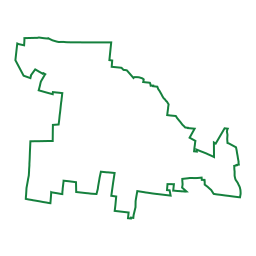 outline of Tekantó, Yucatán, Mexico
{"feature_id": "50627088B33701655383070", "entity_name": "Tekantó", "entity_type": "district", "adm_level": 2, "iso_a3": "MEX", "parent_name": "Mexico", "parent_adm1": "Yucatán", "projection": "albers", "projection_center": [-89.093, 21.008], "detail": "fine", "context": "isolated", "style": "outline", "palette": "green", "viewbox_px": 256, "rotation_deg": 0, "n_neighbors": 0, "source": "geoboundaries", "source_scale": "gbopen_adm2", "svg_char_len": 4300}
<svg xmlns="http://www.w3.org/2000/svg" viewBox="0 0 256 256"><path d="M236.7,150.7L236.0,147.3L229.0,143.5L227.5,143.0L227.2,138.9L227.3,137.4L227.4,135.7L227.5,135.0L226.9,131.5L227.4,129.3L227.7,128.7L224.6,128.3L215.7,143.6L213.9,142.5L214.0,157.0L213.2,156.6L212.3,156.2L211.5,155.8L209.9,155.1L208.8,154.6L208.3,154.4L206.2,153.4L203.9,152.5L203.2,152.2L201.3,151.5L197.6,150.0L196.6,149.6L196.8,151.6L194.1,151.3L194.5,147.3L194.8,145.3L195.1,142.6L195.4,140.9L189.6,137.7L194.6,128.7L191.4,128.4L187.9,128.1L187.9,127.8L185.2,127.5L183.7,125.9L182.8,125.1L182.4,124.7L180.3,121.9L179.1,120.5L177.3,118.3L177.2,118.2L176.5,117.1L175.8,116.0L170.5,115.5L167.2,115.1L167.5,112.6L167.8,110.4L167.9,109.6L168.1,108.4L168.1,107.5L168.6,104.4L166.9,101.6L166.1,100.9L165.8,100.7L165.1,99.5L163.7,98.3L162.5,96.4L161.6,94.6L159.4,90.7L158.4,89.4L158.0,88.5L157.3,86.7L154.6,86.4L153.0,86.2L153.1,85.6L151.4,85.6L150.7,85.7L150.4,84.1L149.9,82.8L148.6,82.6L147.5,82.5L146.4,82.4L145.4,82.3L143.2,82.0L143.4,81.3L143.7,79.4L143.2,79.1L143.1,78.9L142.4,78.4L141.6,78.1L140.6,77.8L139.0,77.3L137.8,77.2L136.6,77.1L135.9,77.1L135.1,77.1L134.3,77.1L133.5,78.0L126.9,70.4L125.8,70.1L123.5,69.9L121.5,67.8L119.8,67.6L111.7,66.8L112.2,60.5L109.4,60.1L111.2,42.4L82.3,42.4L78.9,42.3L74.3,42.3L69.8,42.3L66.1,42.2L63.4,41.9L58.7,42.0L56.8,41.6L52.4,40.3L50.1,39.2L48.4,38.3L48.3,38.6L43.9,38.2L38.9,37.5L37.1,37.9L35.6,37.9L33.9,37.9L25.0,38.1L24.9,38.1L24.4,38.1L24.4,40.7L24.1,45.3L18.6,44.1L17.3,43.5L17.1,45.0L16.9,46.7L15.4,60.2L23.6,75.7L30.4,78.1L31.1,75.3L31.0,75.2L35.2,69.4L35.6,69.6L36.1,69.9L36.5,70.1L36.9,70.4L37.3,70.6L37.7,70.8L38.3,71.2L38.5,71.3L38.9,71.6L39.4,71.8L40.4,72.4L42.6,73.7L42.8,73.2L43.3,73.1L45.2,74.2L45.1,74.3L43.0,77.9L42.0,79.6L40.9,81.5L40.4,83.4L39.9,85.7L38.7,90.3L46.4,92.5L52.7,94.2L52.8,92.8L52.9,92.1L56.6,92.5L58.7,92.7L62.3,93.1L62.1,94.5L62.0,95.8L61.6,98.8L61.4,101.0L61.2,102.0L60.9,104.6L60.6,107.4L60.4,109.4L60.1,112.1L59.7,115.1L59.5,117.0L59.3,119.0L59.0,121.7L58.6,124.5L52.9,124.9L52.9,125.1L52.9,125.3L52.8,131.1L52.8,131.3L52.8,131.5L52.7,141.0L51.6,141.0L48.2,141.0L43.3,141.1L38.6,141.2L35.4,141.2L30.4,141.3L29.9,152.2L29.7,157.9L29.6,160.2L29.4,163.6L29.4,165.5L29.1,169.5L29.1,170.6L28.8,175.5L28.0,179.5L27.9,180.3L26.5,188.0L26.3,191.5L26.1,194.7L25.9,196.9L25.8,198.9L28.8,199.5L32.0,200.0L32.7,200.2L35.3,200.6L39.4,201.3L39.5,201.3L43.0,202.0L44.3,202.2L46.9,202.6L47.2,202.7L49.5,203.1L50.4,203.2L50.7,199.6L50.9,197.1L51.1,194.1L51.2,192.2L51.4,192.3L57.5,193.3L61.3,194.0L62.3,194.1L62.4,191.8L62.5,190.8L62.6,190.2L62.7,188.5L62.8,187.6L63.2,184.3L63.6,181.0L63.6,180.7L67.5,181.1L70.1,181.4L71.4,181.6L73.1,181.8L76.0,182.2L76.2,192.0L86.0,193.1L88.3,193.3L90.5,193.6L91.5,193.7L93.1,193.8L96.3,194.0L96.5,194.0L97.8,188.9L98.1,186.5L99.3,179.6L99.6,177.7L100.9,171.7L106.6,172.3L107.6,172.3L112.8,172.8L114.6,173.0L113.9,177.7L113.2,182.2L112.5,187.2L111.3,195.8L116.2,196.5L115.4,205.1L114.8,210.1L114.7,210.9L117.4,211.2L128.6,212.5L128.0,218.2L130.9,218.5L131.0,217.6L133.3,217.9L133.6,215.1L135.5,207.2L135.6,201.2L135.9,199.1L137.3,191.1L144.9,192.3L145.1,192.4L147.6,192.7L152.8,193.5L156.9,194.0L157.1,194.0L170.6,195.6L169.6,190.3L167.0,190.1L167.5,184.1L173.9,184.2L173.2,190.6L173.8,190.6L175.4,190.8L176.6,190.9L177.2,191.0L179.6,191.1L179.8,191.2L181.0,191.2L181.1,191.3L183.5,191.4L185.2,191.6L186.5,191.5L182.1,187.6L182.2,186.8L182.4,186.0L182.6,184.2L182.3,180.6L182.3,178.9L187.7,178.3L189.8,178.0L192.1,178.0L195.0,178.1L197.6,178.0L199.7,177.8L201.6,177.6L201.8,179.9L202.7,179.9L204.3,179.9L204.3,180.3L204.6,180.3L204.7,182.1L204.7,183.9L204.7,184.6L206.8,186.2L207.5,186.7L209.0,188.1L210.6,189.5L211.2,190.0L213.4,193.5L213.7,193.9L216.8,194.4L219.5,194.7L220.4,194.8L225.4,195.5L225.9,195.5L226.2,195.6L228.9,195.9L229.5,196.0L234.0,196.6L238.8,197.2L240.0,197.3L240.2,196.1L240.6,193.9L240.6,192.9L240.5,190.8L240.3,189.3L240.2,189.1L239.9,187.6L239.4,186.3L238.6,184.8L237.8,183.0L237.3,182.2L236.4,180.9L235.7,179.9L235.3,178.9L234.8,176.8L234.6,175.7L234.6,174.6L234.6,173.8L234.6,171.4L234.4,169.8L234.3,168.1L234.3,167.0L234.2,165.9L236.8,165.3L236.7,164.9L238.8,164.6L238.5,162.8L238.6,161.9L238.2,159.7L237.9,158.0L237.6,156.0L237.0,152.8L236.7,150.7Z" fill="none" stroke="#15803d" stroke-width="2"/></svg>